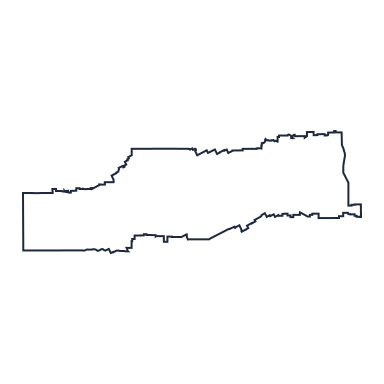 the district of Brookton, Western Australia, Australia
{"feature_id": "25037944B61457505310320", "entity_name": "Brookton", "entity_type": "district", "adm_level": 2, "iso_a3": "AUS", "parent_name": "Australia", "parent_adm1": "Western Australia", "projection": "natural_earth1", "projection_center": [117.012, -32.355], "detail": "fine", "context": "isolated", "style": "outline", "palette": "slate", "viewbox_px": 384, "rotation_deg": 0, "n_neighbors": 0, "source": "geoboundaries", "source_scale": "gbopen_adm2", "svg_char_len": 5349}
<svg xmlns="http://www.w3.org/2000/svg" viewBox="0 0 384 384"><path d="M23.0,193.0L23.3,250.5L82.4,250.4L82.5,250.5L84.7,250.5L84.9,250.4L86.6,249.6L87.6,249.5L87.8,249.6L92.1,249.6L92.3,249.5L92.8,249.3L93.1,249.2L93.4,249.2L95.2,249.4L95.5,249.5L96.4,249.9L96.6,250.1L97.1,250.6L97.3,250.7L97.5,250.8L98.0,250.8L99.6,250.3L100.4,249.8L101.1,249.3L101.3,249.2L102.2,249.1L102.3,249.1L102.6,249.1L103.1,249.3L103.5,249.6L103.9,250.0L104.6,250.3L105.1,250.5L105.4,250.6L105.6,250.5L108.7,248.9L108.8,248.9L110.8,253.0L113.1,251.9L113.3,252.3L115.8,251.0L115.7,251.0L116.5,250.6L117.3,250.7L118.0,250.6L118.4,250.5L120.0,251.0L120.3,251.0L124.4,251.0L124.7,251.1L125.1,251.3L127.9,251.3L128.0,251.3L127.8,251.1L127.7,250.9L127.5,250.5L127.2,249.3L127.2,249.1L126.6,247.9L131.6,247.9L131.6,241.1L132.2,241.1L132.2,239.0L134.6,239.0L134.6,235.5L140.2,235.5L140.2,235.4L143.8,235.4L143.9,234.2L146.5,234.2L146.5,235.0L149.0,235.0L155.7,235.2L155.7,236.2L155.8,236.1L163.8,236.1L163.9,241.8L167.4,241.8L167.4,236.6L171.9,236.6L171.9,237.0L177.7,237.0L181.5,237.0L186.7,234.3L186.8,234.3L186.8,237.0L187.9,239.5L188.2,239.4L188.4,239.3L192.6,239.3L209.2,239.3L209.3,239.1L210.6,238.4L210.8,238.2L211.6,237.8L228.7,229.0L228.9,229.0L229.4,228.9L229.5,229.0L234.5,226.7L235.1,227.9L235.4,227.7L235.3,227.4L239.4,225.3L241.9,230.7L241.4,231.1L241.7,231.7L243.8,230.6L245.3,229.9L245.2,229.8L248.3,228.1L247.0,225.7L251.8,223.0L251.9,223.4L255.4,221.4L254.6,220.0L255.9,219.3L260.2,216.9L261.2,216.3L261.5,215.2L264.8,213.2L266.8,216.9L269.7,215.2L270.2,216.2L273.7,214.3L275.0,216.9L278.3,215.1L278.4,215.8L282.4,215.8L282.4,213.9L284.9,213.8L284.9,213.7L287.5,213.7L287.5,215.5L290.5,215.4L290.5,217.1L293.3,217.1L293.3,214.9L299.9,214.9L299.9,212.3L300.1,212.4L306.5,215.9L307.5,216.5L309.9,216.5L309.9,214.9L312.3,214.9L312.3,213.7L318.6,213.7L318.6,218.1L338.9,218.0L339.0,218.0L339.0,216.2L343.2,216.2L343.2,212.8L347.9,212.8L348.0,212.9L347.9,213.0L347.9,213.4L347.9,213.6L348.1,213.8L348.4,213.9L348.8,214.2L349.3,214.3L350.1,214.4L350.4,214.1L350.6,214.0L351.0,214.4L354.6,214.3L354.6,215.8L355.9,215.8L356.4,215.8L356.4,216.2L356.7,216.1L357.0,216.9L357.5,216.8L357.8,216.6L358.1,216.7L358.6,216.9L359.5,216.7L359.6,216.8L359.7,217.0L361.0,217.0L361.0,213.4L360.9,213.4L360.9,204.4L354.7,204.4L354.7,204.8L351.6,204.8L351.6,205.6L348.4,205.6L348.4,204.5L348.4,201.6L348.4,200.2L348.4,182.6L348.0,181.9L347.9,181.7L343.3,172.7L343.3,166.0L343.6,163.9L344.9,156.2L344.9,155.2L344.9,153.8L344.9,153.6L344.8,153.3L343.8,150.2L343.7,149.8L343.7,149.5L343.7,149.3L341.9,145.0L341.9,144.7L341.8,139.9L341.6,132.4L335.6,132.4L335.6,131.0L334.2,131.0L334.2,132.5L328.1,132.6L328.1,134.6L328.1,134.8L328.0,135.1L327.9,135.2L327.0,135.2L327.0,135.4L324.7,135.5L324.7,134.2L323.5,134.1L322.0,134.1L320.9,134.2L320.2,134.2L317.5,134.2L317.5,135.1L313.7,135.2L313.7,134.6L313.6,134.0L313.6,133.7L313.6,132.9L313.6,131.9L306.9,132.1L307.0,136.1L304.7,137.7L304.7,136.1L294.7,136.2L294.7,134.8L293.9,134.8L292.4,136.0L292.2,136.3L292.0,137.4L292.8,138.1L291.2,138.1L291.2,136.5L290.7,135.6L288.9,134.5L288.0,134.8L287.5,135.2L287.5,135.5L279.0,135.5L279.0,137.0L277.6,136.9L277.6,141.7L277.3,141.7L276.9,141.3L276.9,140.8L275.6,140.8L274.7,141.3L273.8,140.8L273.8,140.6L273.5,140.0L272.7,140.2L272.3,140.3L271.9,140.4L271.4,140.2L271.2,140.3L270.9,140.7L269.9,140.6L269.5,140.7L268.1,140.1L267.4,140.5L266.6,140.3L265.6,139.0L265.1,139.7L265.2,140.7L264.9,141.7L264.4,142.5L263.3,142.9L263.2,142.9L263.2,143.1L261.8,143.1L261.8,145.5L261.4,145.5L261.4,148.3L261.4,148.5L260.9,148.4L260.6,148.3L258.2,148.3L257.7,148.2L257.2,148.4L256.7,148.4L256.7,148.9L251.9,148.9L251.6,148.7L250.8,148.8L250.4,148.9L242.7,148.9L242.7,150.4L232.4,150.5L232.4,150.9L228.3,153.0L226.7,149.5L224.3,150.7L224.1,150.1L219.8,152.3L219.9,152.5L217.1,154.0L214.9,149.5L208.0,152.9L206.7,150.3L197.2,155.3L195.2,151.0L195.6,150.7L195.9,150.2L196.0,149.7L196.0,149.4L195.9,149.1L195.7,148.9L195.6,148.5L195.7,148.4L192.9,149.8L192.2,148.4L190.0,149.6L189.6,149.0L188.7,149.0L188.2,148.8L154.3,148.7L150.7,148.8L131.7,148.8L131.7,155.2L131.7,155.3L128.2,157.1L128.9,158.5L127.3,159.3L127.7,160.3L124.9,161.7L126.2,164.6L124.1,165.7L124.5,166.8L123.3,167.4L122.6,166.0L118.7,167.9L119.0,169.3L118.5,170.4L118.3,171.6L116.4,172.5L116.5,173.1L113.8,174.5L113.8,174.4L111.6,175.6L113.6,179.8L113.6,182.2L104.8,182.2L104.9,184.6L99.5,184.6L99.5,184.4L99.1,184.4L99.1,185.2L97.4,186.1L97.1,186.2L96.9,186.4L94.6,187.6L94.1,187.8L93.3,188.3L93.1,188.4L92.1,188.9L92.1,188.0L90.7,188.1L90.7,189.0L86.9,189.0L86.6,189.1L84.0,189.1L83.5,189.0L83.5,188.9L83.3,188.8L83.2,188.9L83.2,189.0L82.5,189.0L82.5,188.9L82.4,188.8L82.2,188.9L82.0,189.0L81.9,189.0L79.6,189.0L79.6,188.2L76.3,188.2L76.3,190.7L70.8,190.9L70.8,192.6L69.0,192.6L68.7,192.2L68.0,192.2L68.0,190.8L66.3,190.9L66.3,192.0L66.2,192.0L65.7,191.9L65.4,191.8L65.3,191.7L65.2,191.6L64.5,191.0L64.4,190.9L64.2,190.6L64.1,191.5L62.9,191.5L62.4,191.5L61.9,191.0L56.0,191.0L56.0,189.0L52.4,189.0L52.4,190.5L52.7,191.5L52.6,191.9L52.7,192.6L52.3,192.6L52.3,193.0L41.1,193.0L40.9,193.1L40.2,193.0L39.5,193.1L34.6,193.1L34.1,193.1L33.9,193.0L32.9,193.1L32.1,193.0L31.8,193.0L31.7,193.1L31.4,193.0L30.7,193.0L29.6,193.0L29.4,193.0L29.0,193.0L26.9,193.0L26.5,193.1L26.2,193.0L25.8,193.0L23.0,193.0Z" fill="none" stroke="#1e293b" stroke-width="2"/></svg>